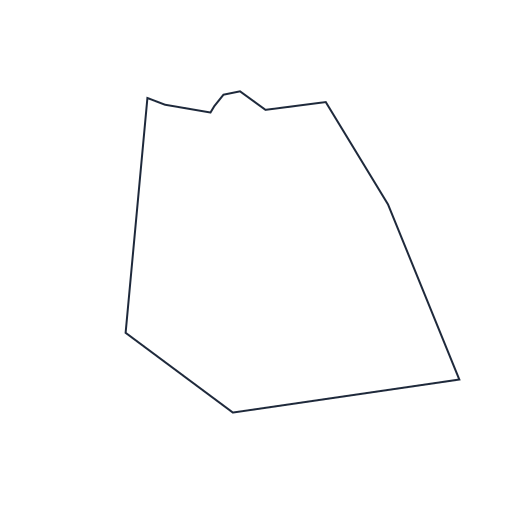 SVG path tracing the border of Iloilo, rotated 250°
{"feature_id": "PHL-5526", "entity_name": "Iloilo", "entity_type": "Highly Urbanized City", "adm_level": 1, "iso_a3": "PHL", "parent_name": "Philippines", "parent_adm1": "", "projection": "albers", "projection_center": [122.575, 10.743], "detail": "fine", "context": "isolated", "style": "outline", "palette": "slate", "viewbox_px": 512, "rotation_deg": 250, "n_neighbors": 0, "source": "natural_earth", "source_scale": "10m", "svg_char_len": 321}
<svg xmlns="http://www.w3.org/2000/svg" viewBox="0 0 512 512"><g transform="rotate(250 256 256)"><path d="M441.6,208.0L429.3,222.2L406.4,262.3L411.1,268.1L418.7,280.6L416.2,297.3L390.1,314.9L376.8,374.2L259.3,397.7L70.4,404.8L116.8,180.7L228.4,107.2L441.6,208.0Z" fill="none" stroke="#1e293b" stroke-width="2"/></g></svg>